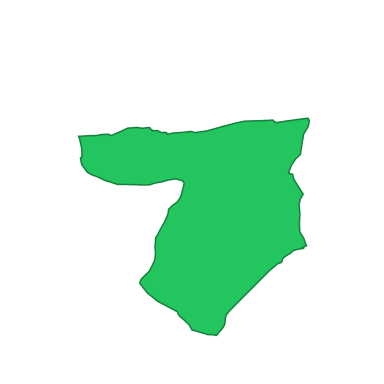 Al Quoz, South Kordufan, Sudan, rotated 209°
{"feature_id": "16777658B4110492233788", "entity_name": "Al Quoz", "entity_type": "district", "adm_level": 2, "iso_a3": "SDN", "parent_name": "Sudan", "parent_adm1": "South Kordufan", "projection": "equal_earth", "projection_center": [29.964, 12.456], "detail": "fine", "context": "isolated", "style": "filled", "palette": "green", "viewbox_px": 384, "rotation_deg": 209, "n_neighbors": 0, "source": "geoboundaries", "source_scale": "gbopen_adm2", "svg_char_len": 3062}
<svg xmlns="http://www.w3.org/2000/svg" viewBox="0 0 384 384"><g transform="rotate(209 192 192)"><path d="M66.7,197.3L68.3,196.9L66.0,200.4L65.8,200.6L66.2,201.0L66.4,200.8L71.7,205.6L77.3,208.8L78.5,209.5L82.9,216.7L87.1,225.4L92.1,232.6L93.8,238.1L93.8,244.1L103.9,249.6L109.5,252.8L112.6,256.3L113.7,256.0L116.1,255.2L116.2,255.7L116.9,255.4L117.0,256.3L118.0,263.5L117.4,271.1L115.4,277.4L116.4,280.0L117.4,282.6L122.4,296.5L122.2,303.8L122.1,305.7L123.9,311.2L126.2,312.8L131.7,308.9L143.2,300.3L151.9,293.5L152.8,293.7L153.3,293.3L155.5,293.9L156.3,294.1L159.2,292.1L163.7,289.4L168.7,286.3L170.2,285.4L170.4,285.4L172.5,284.1L177.2,281.3L180.0,279.6L180.3,279.5L182.2,277.8L187.4,273.3L194.3,266.7L195.6,265.5L197.3,263.8L201.0,260.1L208.9,252.4L218.4,245.3L222.5,244.4L227.0,241.0L234.5,236.1L238.0,233.8L240.8,231.1L241.6,230.4L243.1,231.6L245.0,230.8L247.3,229.2L248.3,229.2L248.7,229.0L252.1,229.0L255.6,226.7L256.2,227.0L257.0,226.4L260.2,227.8L261.9,226.9L266.2,223.7L271.6,221.7L279.3,216.6L283.6,210.5L290.1,202.1L291.3,202.1L292.8,202.1L293.4,201.8L295.1,200.8L299.2,198.3L303.1,194.9L307.6,192.4L318.2,185.7L316.2,184.2L309.9,177.0L308.0,174.2L306.0,170.6L305.5,170.0L305.0,169.3L305.2,169.1L305.7,168.6L305.5,168.4L306.1,167.7L305.8,167.3L305.0,166.3L301.7,162.5L299.2,161.3L293.9,158.8L293.2,158.8L292.3,158.4L289.1,158.5L285.8,158.7L284.4,159.1L283.8,159.3L281.8,159.4L274.1,159.9L271.2,160.4L271.0,160.5L269.8,160.8L267.8,161.2L261.5,162.4L260.8,162.8L260.5,162.6L255.3,165.6L242.7,172.2L239.9,173.4L238.9,174.2L237.5,174.9L232.4,177.8L229.2,181.4L222.5,187.0L220.9,188.6L219.4,190.2L217.6,191.8L212.3,195.7L206.0,197.2L203.0,195.9L199.9,184.1L199.8,183.6L199.8,183.2L199.7,178.8L199.9,177.4L200.3,175.4L202.6,170.6L204.1,165.4L203.9,165.0L202.4,161.3L202.3,160.5L202.2,159.9L201.5,153.4L201.5,151.0L201.6,146.8L201.4,138.7L201.4,137.4L201.5,134.1L201.4,134.0L200.7,132.8L200.7,132.5L199.6,130.1L199.4,129.9L198.9,128.7L197.8,125.9L196.6,124.5L196.3,123.9L196.0,123.3L194.5,121.2L194.4,121.0L192.4,116.6L192.1,115.8L191.4,113.5L191.4,113.0L191.4,112.1L191.2,108.4L190.9,102.2L192.0,98.5L192.1,98.3L192.7,96.2L192.8,95.8L193.6,93.3L194.1,90.8L194.0,89.0L194.0,88.5L193.2,86.7L191.6,86.1L188.5,84.7L188.3,84.6L181.5,81.9L176.0,81.0L175.1,80.8L172.0,80.3L169.8,79.9L168.9,79.7L167.6,79.8L162.6,79.9L149.9,80.1L147.8,80.2L146.9,80.2L145.4,79.0L144.2,78.1L142.0,77.2L140.0,76.9L139.7,76.8L138.9,76.6L137.4,76.4L136.8,76.2L131.2,74.8L130.7,74.7L130.2,74.5L129.3,73.9L129.0,73.7L124.8,71.2L124.5,71.8L123.5,71.8L112.7,74.2L109.2,74.9L103.8,77.6L102.9,77.9L101.1,78.4L100.5,80.5L100.5,82.5L99.4,86.4L99.2,89.7L99.1,90.9L99.5,92.7L99.7,93.2L100.4,95.1L100.5,95.3L101.5,97.0L101.6,97.5L101.9,98.7L102.4,101.6L101.8,104.6L101.5,106.2L101.5,106.5L97.9,119.4L97.8,119.8L97.4,121.3L93.3,135.5L90.8,144.3L87.8,155.0L86.1,160.9L82.0,171.4L80.0,173.3L79.6,174.9L80.3,177.4L80.2,178.2L80.1,179.0L78.3,182.6L76.5,185.6L75.9,186.9L75.6,187.8L75.2,189.5L71.8,193.1L69.6,194.8L68.2,196.0L66.7,197.3Z" fill="#22c55e" stroke="#15803d" stroke-width="1.5"/></g></svg>